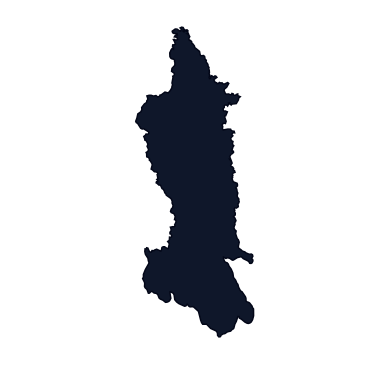 Vazante, Minas Gerais, Brazil, rotated 322°
{"feature_id": "56859067B85827505111721", "entity_name": "Vazante", "entity_type": "district", "adm_level": 2, "iso_a3": "BRA", "parent_name": "Brazil", "parent_adm1": "Minas Gerais", "projection": "natural_earth1", "projection_center": [-46.846, -17.863], "detail": "fine", "context": "isolated", "style": "filled", "palette": "ink", "viewbox_px": 384, "rotation_deg": 322, "n_neighbors": 0, "source": "geoboundaries", "source_scale": "gbopen_adm2", "svg_char_len": 6055}
<svg xmlns="http://www.w3.org/2000/svg" viewBox="0 0 384 384"><g transform="rotate(322 192 192)"><path d="M168.5,322.0L168.5,320.4L169.1,318.8L169.1,315.1L168.7,313.8L167.8,312.7L167.5,311.1L169.1,308.9L169.6,307.4L170.0,301.4L169.5,300.4L169.5,298.7L170.1,295.7L171.3,293.0L171.2,291.5L172.1,288.3L172.1,284.9L174.3,281.0L175.4,276.9L175.5,273.4L176.2,271.1L176.1,269.4L175.2,268.1L174.9,266.8L175.9,263.7L176.7,262.7L177.8,265.2L179.2,265.5L180.1,266.4L180.9,267.5L181.8,270.5L182.7,271.1L187.3,271.6L191.0,273.3L191.4,276.1L193.6,280.6L193.9,282.3L193.6,283.7L194.5,284.6L195.7,284.8L197.6,283.8L198.2,282.7L198.1,281.1L200.4,280.1L201.0,278.7L200.6,277.5L198.7,276.2L197.0,273.1L196.8,271.8L195.3,269.5L195.1,267.8L194.2,264.8L195.0,263.4L198.3,260.6L199.1,258.1L198.9,256.9L199.3,255.5L200.7,251.7L202.8,249.9L202.5,248.0L202.9,246.1L204.7,244.6L205.7,244.3L206.9,242.3L207.9,242.3L209.1,241.5L209.8,238.6L209.4,237.0L211.9,236.7L213.1,235.3L213.4,233.4L214.6,232.7L214.7,231.4L215.9,230.8L217.1,232.0L219.4,232.1L221.0,229.5L222.2,229.4L223.4,228.4L223.7,227.0L224.6,226.5L224.7,223.9L225.4,222.6L227.5,221.0L227.7,219.7L229.1,217.2L229.0,215.6L231.5,215.2L232.3,214.3L232.9,212.9L230.8,209.3L231.8,206.0L232.9,205.7L233.3,204.6L234.3,204.3L234.8,202.8L236.3,202.4L238.0,203.0L238.6,201.4L238.1,200.2L239.3,199.1L239.4,197.3L238.7,196.1L238.9,194.7L241.3,194.0L241.8,192.9L241.8,189.9L242.4,190.8L243.4,187.4L246.0,186.3L247.5,186.6L249.2,186.3L249.7,185.3L248.9,184.6L249.6,183.4L252.2,181.6L253.4,181.3L253.2,179.9L253.7,178.8L255.4,177.4L254.8,176.2L254.9,174.8L255.8,173.3L258.8,172.9L258.7,171.2L259.7,170.8L260.8,170.6L262.0,171.6L262.6,170.0L261.4,168.9L260.8,167.5L261.1,166.3L259.0,164.5L254.8,162.3L254.9,161.0L256.7,159.1L256.7,157.6L257.7,157.6L258.5,157.0L259.7,157.6L260.5,158.6L262.4,157.3L263.9,153.1L264.7,152.2L265.5,152.7L269.2,150.6L268.1,148.6L267.1,148.2L267.0,146.9L267.8,145.5L269.5,145.2L270.4,144.0L271.9,143.9L272.9,145.0L273.0,146.2L274.9,145.3L275.5,144.3L276.7,144.9L275.9,145.8L276.5,147.6L277.6,147.3L281.3,149.6L285.3,148.0L286.4,146.8L288.7,146.6L287.4,144.3L288.4,142.9L287.0,142.4L285.9,142.6L284.9,141.8L284.4,140.9L284.9,139.9L284.1,138.9L283.2,139.6L282.2,139.0L281.0,137.1L279.2,136.1L279.0,134.6L279.8,131.6L280.9,130.9L283.8,130.8L287.8,129.1L287.5,127.7L283.7,126.8L283.0,125.7L282.9,124.4L281.9,124.0L281.0,122.5L279.7,122.7L278.5,122.1L278.7,121.1L277.8,119.9L278.2,116.9L282.2,117.0L282.1,115.2L281.1,114.5L280.1,114.9L279.4,113.7L279.2,112.5L278.0,112.2L277.4,113.2L276.5,113.8L275.6,113.4L276.0,112.3L278.0,110.7L278.2,109.3L279.1,108.8L280.6,106.6L281.0,105.2L282.1,104.3L282.1,102.9L283.1,101.2L283.3,97.9L284.4,97.0L284.1,95.4L285.4,92.9L285.1,91.5L283.0,90.3L282.9,88.9L284.5,85.8L283.1,79.8L283.8,78.5L283.9,76.0L283.4,74.6L284.2,73.7L284.2,71.7L283.3,70.9L283.9,69.1L285.9,68.2L286.1,66.3L285.6,64.5L286.6,65.2L287.0,63.4L288.1,62.4L287.9,61.1L286.6,60.6L286.6,61.8L285.4,60.6L284.3,60.9L283.9,59.9L284.8,58.9L286.1,58.3L286.3,56.9L285.3,55.7L283.7,55.4L284.1,56.8L282.1,58.2L281.3,57.1L280.5,54.4L279.1,53.2L275.4,53.1L274.8,54.6L275.4,56.0L277.8,58.1L277.1,59.3L276.2,58.5L274.9,58.4L273.6,58.9L275.3,60.7L274.6,63.0L272.7,62.4L272.2,61.0L271.2,60.4L270.8,62.9L269.9,65.2L268.7,65.1L267.4,64.2L266.2,65.4L266.2,67.0L265.3,68.1L264.7,66.7L263.3,67.0L260.1,68.7L257.9,71.8L257.7,73.5L258.3,75.0L259.2,75.8L259.5,77.2L258.6,78.4L258.1,79.7L256.4,81.6L252.4,82.2L250.2,84.3L251.1,87.5L250.2,88.8L249.0,89.2L248.1,88.9L247.6,90.0L243.3,93.8L242.5,95.9L241.5,96.2L240.2,97.5L237.6,98.6L234.3,99.3L232.2,96.6L227.6,96.5L226.4,95.9L225.5,96.6L223.5,96.0L223.0,93.8L220.8,92.8L219.4,90.7L217.6,89.3L215.6,88.5L214.8,90.9L213.7,92.1L212.5,92.3L211.3,93.5L208.7,93.3L204.4,94.4L203.1,96.3L201.0,97.3L197.4,97.1L194.0,99.9L191.2,101.6L190.8,103.0L191.4,104.5L190.8,110.1L191.5,111.7L192.8,112.3L194.8,117.8L194.3,119.0L192.7,119.3L191.5,118.0L190.1,118.6L188.2,118.5L187.5,121.0L186.8,122.1L187.5,123.4L186.8,127.1L184.7,128.4L184.1,131.3L183.3,132.3L181.8,132.8L180.2,132.6L179.9,133.8L178.0,136.4L178.9,137.9L178.9,139.7L178.0,140.6L178.3,141.9L177.9,145.2L177.1,146.4L173.9,148.8L174.5,150.3L174.8,152.8L176.0,154.0L176.8,155.3L176.5,156.5L175.3,156.7L173.3,160.6L172.0,160.4L172.1,161.9L171.4,162.9L170.4,162.0L169.4,162.7L169.8,163.7L170.2,166.2L171.2,166.9L171.2,168.1L170.5,170.8L171.0,172.2L170.8,174.0L170.1,175.8L170.2,177.6L169.8,178.7L171.3,183.8L171.3,185.3L170.6,187.3L169.5,188.4L168.8,191.0L167.0,192.4L165.1,192.7L163.1,194.1L163.0,195.5L164.4,197.9L163.8,200.9L161.2,203.0L161.9,203.9L161.1,205.7L158.1,207.2L157.7,208.4L156.6,208.5L155.7,207.6L153.3,206.4L152.7,208.3L151.5,209.8L149.9,210.1L148.9,211.4L149.5,212.2L149.3,213.6L148.3,214.7L147.4,214.7L146.5,213.7L144.8,215.7L143.7,216.2L142.4,216.0L142.3,218.8L138.5,221.9L137.6,221.1L136.7,218.3L135.6,217.4L134.2,217.2L132.2,218.9L131.0,219.4L128.9,215.3L126.9,214.7L126.0,214.9L124.4,213.5L123.3,214.2L122.2,213.9L121.8,212.4L122.7,209.0L121.9,208.0L120.9,208.7L120.0,207.9L118.2,209.8L117.4,211.4L116.9,212.6L116.5,217.1L115.3,219.2L114.5,221.5L107.5,224.4L103.0,227.0L101.3,229.2L99.8,229.8L99.0,233.8L98.3,235.1L96.5,237.1L96.1,238.5L96.5,241.1L95.3,244.9L96.2,245.5L98.3,245.2L99.4,245.8L99.9,248.2L101.6,250.1L101.8,252.0L100.8,255.3L101.1,256.8L102.5,259.4L103.2,262.6L104.4,263.4L106.1,263.9L107.3,263.9L108.6,263.4L109.9,262.7L112.9,257.2L113.9,257.9L114.9,260.4L114.5,262.1L112.1,266.3L112.2,269.2L112.9,271.8L115.8,277.4L117.0,278.0L119.1,277.4L119.2,280.0L119.7,281.3L121.7,282.6L122.5,283.6L123.6,290.0L119.9,298.4L119.1,300.9L119.0,302.8L122.1,305.2L122.7,311.0L125.4,316.2L125.5,317.6L125.0,319.2L123.9,320.7L123.9,322.6L124.9,323.4L125.8,323.3L126.6,322.7L129.2,323.0L130.7,323.8L133.8,324.0L136.8,325.4L139.2,325.0L140.3,325.3L141.2,325.0L144.3,322.6L147.3,321.2L151.5,318.3L152.4,319.1L151.7,320.5L152.7,322.9L153.6,327.1L154.6,329.3L155.5,330.3L157.1,330.9L158.7,330.9L161.1,329.9L164.3,327.5L168.5,322.0ZM286.6,60.6L286.1,59.6L285.4,60.6L286.6,60.6Z" fill="#0f172a" stroke="#020617" stroke-width="1.5"/></g></svg>